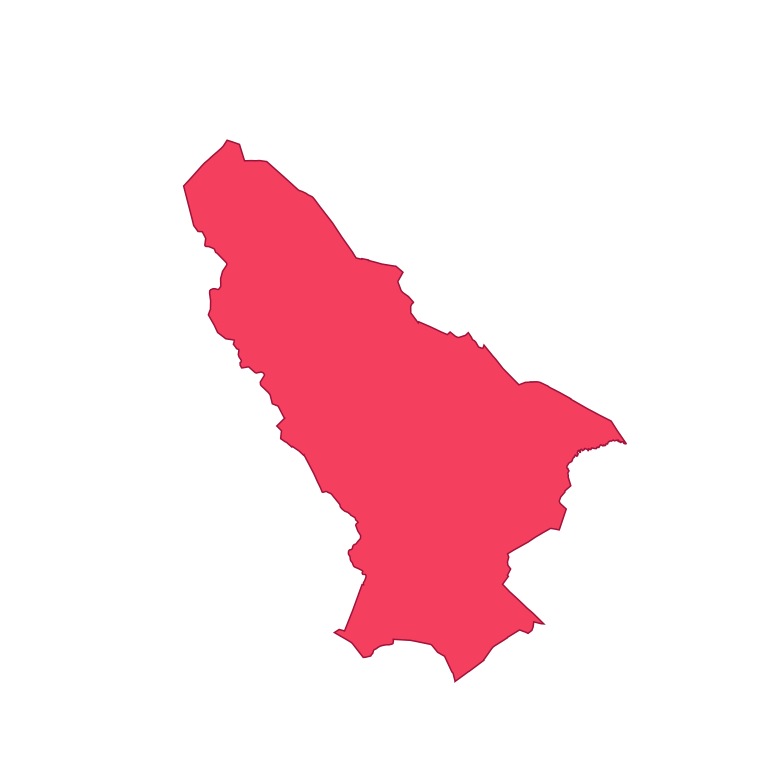 outline of Stelpes pag., Vecumnieku, Latvia, rotated 238°
{"feature_id": "27541924B70634924766209", "entity_name": "Stelpes pag.", "entity_type": "district", "adm_level": 2, "iso_a3": "LVA", "parent_name": "Latvia", "parent_adm1": "Vecumnieku", "projection": "orthographic", "projection_center": [24.499, 56.522], "detail": "fine", "context": "isolated", "style": "filled", "palette": "rose", "viewbox_px": 768, "rotation_deg": 238, "n_neighbors": 0, "source": "geoboundaries", "source_scale": "gbopen_adm2", "svg_char_len": 6108}
<svg xmlns="http://www.w3.org/2000/svg" viewBox="0 0 768 768"><g transform="rotate(238 384 384)"><path d="M663.8,388.4L669.8,383.6L673.9,380.1L671.0,374.0L670.1,370.7L668.0,357.6L667.3,354.2L666.5,348.8L665.5,345.0L660.6,328.2L658.1,319.0L625.9,308.8L619.3,306.6L611.9,307.1L609.4,310.6L602.0,310.0L596.7,305.6L595.8,305.5L595.0,305.9L593.4,308.2L589.2,311.3L588.3,311.6L587.3,311.5L585.2,311.0L584.6,311.1L583.5,311.7L572.2,314.2L570.0,314.6L569.3,314.4L568.3,313.8L565.1,306.8L561.0,302.4L560.0,301.3L553.7,297.6L553.4,297.3L552.8,296.3L552.0,294.2L552.0,293.6L552.5,292.9L554.4,291.1L555.0,290.2L555.4,289.4L555.8,286.9L555.4,285.6L553.4,284.2L546.5,281.1L539.3,276.4L537.9,274.4L535.7,271.7L523.7,271.2L515.9,270.2L506.2,273.8L500.7,280.2L499.9,279.9L497.5,277.3L494.1,277.7L492.1,277.7L490.3,279.0L489.3,278.7L486.3,276.1L483.6,275.4L479.8,275.5L478.8,275.0L478.4,274.2L478.4,273.3L476.2,272.0L473.1,271.8L472.6,272.7L470.3,278.3L462.1,280.7L461.0,281.5L459.3,286.1L459.0,286.4L457.8,287.3L457.1,287.5L455.9,287.6L455.1,287.5L454.6,286.9L451.2,280.1L449.1,279.0L447.9,278.9L438.0,281.4L435.2,281.7L426.4,278.8L421.4,282.5L409.0,281.5L407.7,281.8L405.2,270.8L398.7,272.3L392.4,267.4L387.1,269.7L386.4,270.3L379.4,272.4L379.6,273.2L372.2,276.5L366.4,278.0L366.3,278.5L366.0,278.2L364.7,278.5L363.5,278.4L362.9,278.5L361.8,278.2L360.5,278.2L345.0,277.0L336.3,275.8L329.6,275.1L325.1,274.3L324.5,274.9L323.8,277.3L323.5,278.0L322.9,278.5L321.4,279.3L319.5,280.7L318.4,281.1L305.3,282.7L302.8,281.8L300.1,282.2L297.0,283.3L294.0,285.5L293.2,285.6L292.4,286.1L290.4,286.3L286.2,288.5L285.7,288.5L283.7,288.0L281.4,288.7L280.3,288.6L280.3,287.7L279.9,286.0L279.6,285.6L279.0,285.1L273.3,283.9L267.9,283.9L265.9,282.5L265.4,282.0L264.4,278.6L263.9,277.2L263.3,276.1L263.3,275.0L263.6,273.4L263.3,272.2L262.5,271.1L261.4,270.1L260.9,269.0L261.0,268.3L261.5,267.3L261.5,266.4L261.1,265.5L260.7,265.1L259.5,264.2L258.1,263.6L256.4,263.8L255.2,263.5L253.2,262.5L251.8,262.1L249.3,262.4L246.1,261.8L244.9,261.9L244.1,262.3L240.5,264.8L237.4,266.6L236.7,266.7L236.1,266.6L235.9,265.9L235.4,265.4L235.0,265.2L234.1,265.1L233.7,265.3L232.4,267.1L232.1,267.3L231.3,267.3L229.9,266.5L227.3,263.2L226.6,261.6L226.0,260.9L224.6,260.3L225.5,259.1L220.2,252.3L219.1,250.8L218.7,250.5L217.2,248.5L208.3,237.1L195.5,219.7L199.6,215.9L199.5,210.2L185.2,217.8L182.1,219.3L180.6,219.7L163.1,221.5L162.0,223.8L160.5,228.2L160.4,228.8L161.0,229.7L161.6,231.8L163.6,233.9L163.8,234.5L163.8,235.3L163.6,236.9L163.8,239.4L163.7,242.0L162.6,245.4L161.5,248.0L160.2,250.0L159.5,251.9L159.1,253.6L159.1,253.9L159.3,254.2L160.9,255.7L162.6,256.5L152.7,270.5L149.1,274.4L138.5,285.5L137.0,286.2L128.1,287.3L121.0,291.1L103.9,289.0L102.1,289.3L94.6,286.9L94.1,286.6L95.3,303.2L95.2,303.9L96.8,322.4L97.4,322.6L97.4,322.8L97.7,323.7L102.3,334.6L103.1,336.9L103.3,338.8L103.3,348.9L103.4,354.3L103.7,354.5L103.6,368.4L103.6,368.7L99.8,371.5L99.1,372.2L96.2,374.0L96.7,378.8L99.0,381.8L102.4,384.5L102.9,385.0L97.4,390.3L95.9,392.4L111.3,388.7L118.0,386.6L130.0,383.6L141.5,380.4L147.0,379.3L151.3,378.4L155.0,387.6L156.4,387.3L160.0,393.4L164.7,393.0L167.8,394.5L171.1,398.1L174.5,398.8L174.4,406.2L173.6,422.4L173.9,431.1L173.7,439.9L173.3,448.7L170.7,451.8L167.4,455.3L181.4,472.3L188.6,470.3L189.9,470.1L191.9,470.6L194.6,474.1L196.5,480.2L197.5,480.8L198.7,488.5L207.6,490.9L208.5,491.7L210.4,492.4L211.4,493.0L211.9,494.3L212.2,494.7L212.5,494.9L213.8,494.8L214.3,495.1L214.7,494.8L215.1,495.0L215.3,494.7L216.0,494.7L217.0,495.2L217.8,496.5L218.2,497.5L218.5,497.8L219.0,499.3L218.8,502.1L219.7,503.5L219.8,503.6L220.8,504.8L221.1,505.5L221.1,506.4L221.2,506.7L221.7,507.0L222.1,508.2L222.4,508.5L222.1,508.9L221.2,508.8L220.6,509.3L220.6,510.1L220.7,510.3L221.3,510.6L221.8,511.6L222.0,511.7L222.3,511.4L223.2,511.4L223.5,511.7L223.8,512.4L224.5,513.1L224.6,513.5L224.6,513.8L224.3,514.2L222.5,513.8L222.1,513.9L222.0,514.3L222.1,514.5L223.5,514.9L223.9,515.5L223.9,515.9L224.1,516.6L224.0,516.8L223.2,517.0L222.4,516.8L222.3,517.0L222.2,518.4L222.3,519.2L222.5,519.4L222.9,519.7L222.9,520.2L222.8,520.4L222.3,520.5L221.1,521.6L220.1,521.8L219.3,521.8L219.3,522.2L219.9,522.8L220.5,522.9L220.6,523.1L220.6,523.3L219.1,524.2L218.8,524.6L219.1,525.4L219.5,525.6L219.7,526.2L219.6,526.5L218.7,527.2L218.4,527.8L218.1,527.9L217.4,528.7L217.2,529.1L216.8,529.6L216.7,529.9L216.8,530.3L217.4,530.8L217.4,531.0L217.1,531.6L217.1,532.1L217.0,532.3L216.5,532.3L216.3,532.6L216.4,532.9L216.6,533.2L217.5,534.8L217.6,535.6L215.5,536.8L215.4,536.9L215.5,537.1L215.9,537.5L215.8,538.1L215.5,538.3L214.9,538.3L214.6,538.9L214.7,539.7L215.5,540.5L215.2,541.4L214.7,541.8L215.2,542.5L215.7,542.9L216.0,544.1L215.7,544.6L215.9,545.3L215.4,546.2L215.1,546.5L215.0,547.3L215.0,548.4L214.9,548.8L213.9,549.1L213.6,549.4L213.4,550.1L213.3,550.8L212.7,551.9L212.5,552.8L212.3,552.9L211.7,552.8L211.6,552.2L210.6,552.7L210.7,553.1L210.7,553.4L210.5,553.6L210.2,553.7L209.8,553.5L209.2,553.5L208.9,553.8L209.1,554.7L208.8,554.9L208.7,555.7L208.3,556.0L207.8,556.2L206.9,555.9L206.0,556.3L205.3,557.1L205.1,557.7L205.3,557.8L220.3,557.1L232.2,557.0L243.8,550.0L255.8,543.1L272.0,534.4L272.3,534.7L283.2,528.7L293.4,522.6L295.2,522.0L302.4,517.4L304.0,515.9L304.9,514.7L307.6,510.3L307.3,510.4L310.5,504.7L311.8,498.0L334.0,493.1L345.4,491.9L350.3,491.1L364.0,489.4L362.0,487.1L362.1,486.6L362.8,485.7L365.3,483.8L371.0,484.0L372.7,483.6L374.8,482.5L377.1,482.9L382.9,482.7L382.1,478.9L383.8,472.1L385.0,470.8L386.9,469.7L393.1,467.6L392.3,463.9L398.2,459.8L407.7,453.8L418.4,446.4L417.7,445.4L430.1,444.4L435.6,447.7L437.0,449.8L437.5,452.2L437.8,452.3L445.1,451.1L451.4,448.5L454.0,448.0L463.3,449.9L463.7,450.2L468.7,459.3L477.6,456.5L478.8,454.9L478.9,454.7L479.1,454.6L486.8,445.8L491.1,441.9L497.0,436.3L497.4,436.6L502.1,431.6L501.7,431.1L505.7,427.1L511.7,427.1L511.8,427.2L531.1,426.1L548.0,425.7L568.6,423.6L576.6,423.0L579.7,422.6L580.8,422.3L585.0,419.7L586.5,419.2L590.5,416.7L593.1,414.6L594.4,414.0L606.9,410.5L634.8,402.4L639.5,396.8L641.4,393.3L643.6,390.1L647.2,384.0L663.8,388.4Z" fill="#f43f5e" stroke="#9f1239" stroke-width="1.5"/></g></svg>